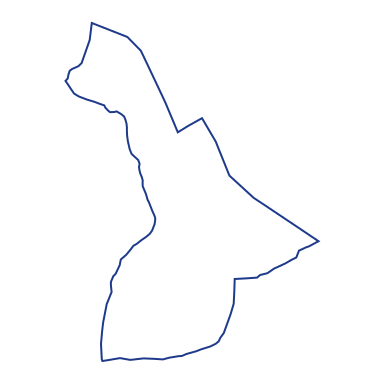 outline of As Salam - SD, Southern Darfur, Sudan
{"feature_id": "16777658B71256064026626", "entity_name": "As Salam - SD", "entity_type": "district", "adm_level": 2, "iso_a3": "SDN", "parent_name": "Sudan", "parent_adm1": "Southern Darfur", "projection": "robinson", "projection_center": [24.695, 11.734], "detail": "fine", "context": "isolated", "style": "outline", "palette": "blue", "viewbox_px": 384, "rotation_deg": 0, "n_neighbors": 0, "source": "geoboundaries", "source_scale": "gbopen_adm2", "svg_char_len": 1674}
<svg xmlns="http://www.w3.org/2000/svg" viewBox="0 0 384 384"><path d="M202.0,118.2L188.7,125.6L177.8,132.3L177.0,130.4L174.2,123.6L165.3,102.4L160.7,92.6L157.5,85.8L143.2,55.6L140.8,50.7L127.4,37.0L91.8,23.0L89.7,40.0L81.6,63.1L78.4,66.2L71.9,69.1L69.7,70.8L68.5,74.5L68.4,74.8L67.7,78.5L65.5,80.9L68.2,84.8L70.6,88.5L74.1,93.6L78.9,96.5L87.3,99.7L94.4,101.8L99.3,103.7L104.3,105.4L105.3,107.6L108.3,110.8L110.0,112.1L112.0,112.1L114.4,112.0L116.6,111.4L121.2,114.1L124.1,116.5L125.3,119.4L126.5,123.6L126.9,127.2L126.9,131.3L127.1,135.5L127.9,141.4L128.6,144.5L129.7,149.2L131.6,153.9L134.0,156.2L138.2,160.0L139.6,163.8L139.0,167.0L139.4,169.9L140.2,173.3L141.9,177.4L142.7,180.4L142.6,183.1L142.7,186.2L144.1,189.6L145.7,193.4L146.6,196.2L147.6,199.8L148.9,202.2L152.5,211.4L154.3,215.3L155.2,217.9L155.2,220.2L154.5,224.4L152.1,230.6L149.6,234.0L146.1,236.9L141.6,240.0L136.5,244.0L133.5,245.7L130.3,249.9L126.1,254.9L120.8,259.5L119.7,265.2L115.6,273.9L113.3,276.2L110.9,282.0L110.9,285.3L111.6,292.0L106.7,304.2L103.1,322.7L103.1,322.8L102.1,331.5L101.0,343.8L101.6,355.7L101.8,359.5L102.4,361.0L107.7,360.2L120.0,358.1L130.3,359.9L143.5,358.4L153.5,358.8L163.0,359.4L169.2,357.7L179.0,356.1L181.8,356.0L186.4,354.0L193.9,351.9L196.1,351.3L201.2,349.3L210.2,346.5L215.7,343.8L218.7,341.3L220.4,337.7L223.8,333.0L230.6,314.2L233.7,303.7L234.3,291.3L234.7,279.0L247.3,278.3L257.1,277.6L260.1,275.0L267.4,273.2L273.9,268.7L285.2,263.5L291.8,259.7L296.3,257.5L299.0,250.6L301.0,249.7L306.4,247.2L309.1,246.3L318.5,241.2L309.1,234.9L297.5,227.1L285.1,218.8L284.5,218.4L253.6,197.8L229.4,175.6L215.7,141.5L202.0,118.2Z" fill="none" stroke="#1e3a8a" stroke-width="2"/></svg>